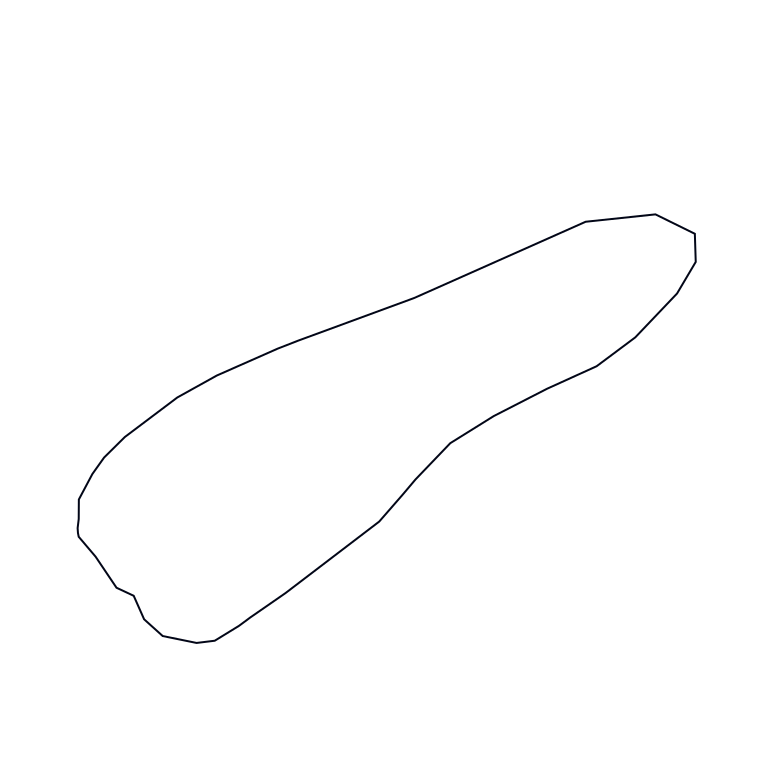 outline of Houk, Federated States of Micronesia, rotated 231°
{"feature_id": "79324940B89038151202543", "entity_name": "Houk", "entity_type": "district", "adm_level": 2, "iso_a3": "FSM", "parent_name": "Federated States of Micronesia", "parent_adm1": "", "projection": "natural_earth1", "projection_center": [149.302, 6.687], "detail": "fine", "context": "isolated", "style": "outline", "palette": "ink", "viewbox_px": 768, "rotation_deg": 231, "n_neighbors": 0, "source": "geoboundaries", "source_scale": "gbopen_adm2", "svg_char_len": 598}
<svg xmlns="http://www.w3.org/2000/svg" viewBox="0 0 768 768"><g transform="rotate(231 384 384)"><path d="M471.8,344.3L478.4,323.6L495.8,259.4L503.6,214.9L505.9,149.3L503.0,120.2L497.6,100.8L486.3,74.2L471.2,61.8L464.8,55.2L460.8,52.4L457.4,50.6L431.3,51.2L394.0,47.9L376.9,56.2L352.1,49.5L327.4,53.4L300.7,75.4L291.0,90.9L287.3,119.2L286.7,133.4L283.5,175.9L280.1,293.7L286.3,329.1L290.0,348.4L296.3,398.3L290.0,449.1L277.7,507.7L264.0,560.4L262.1,608.6L269.9,668.7L282.7,703.1L305.1,720.1L345.0,701.7L383.2,642.8L431.8,461.7L471.8,344.3Z" fill="none" stroke="#020617" stroke-width="2"/></g></svg>